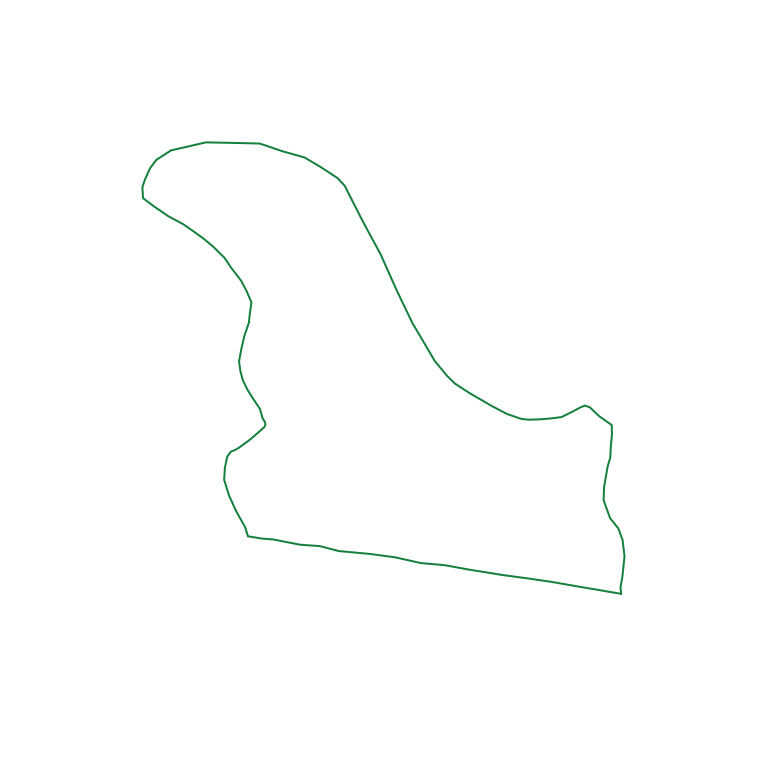 Al-Faw, Al-Basrah, Iraq, rotated 199°
{"feature_id": "34846034B64994125853328", "entity_name": "Al-Faw", "entity_type": "district", "adm_level": 2, "iso_a3": "IRQ", "parent_name": "Iraq", "parent_adm1": "Al-Basrah", "projection": "albers", "projection_center": [48.282, 30.044], "detail": "fine", "context": "isolated", "style": "outline", "palette": "green", "viewbox_px": 768, "rotation_deg": 199, "n_neighbors": 0, "source": "geoboundaries", "source_scale": "gbopen_adm2", "svg_char_len": 1446}
<svg xmlns="http://www.w3.org/2000/svg" viewBox="0 0 768 768"><g transform="rotate(199 384 384)"><path d="M91.4,262.8L94.2,268.7L95.8,279.1L100.5,299.4L107.7,314.3L115.4,323.7L126.5,330.7L138.5,345.6L142.3,358.0L145.7,378.8L146.1,388.2L149.0,398.1L152.0,410.5L155.3,419.3L170.0,423.6L181.9,429.0L187.0,429.0L190.7,425.8L197.6,418.4L205.4,410.5L214.1,406.2L224.7,401.5L235.7,397.3L242.6,395.7L258.2,395.7L275.6,398.4L299.9,403.2L316.9,407.4L327.0,412.2L343.5,422.3L357.4,434.2L377.0,450.9L402.7,476.9L429.4,505.5L456.5,530.4L476.8,550.0L485.5,558.5L494.8,563.5L514.4,568.5L532.9,572.3L555.8,571.0L579.8,570.9L603.7,563.3L631.0,554.5L661.4,535.6L672.3,521.7L675.5,511.6L676.6,499.1L676.5,491.5L672.4,481.3L671.0,480.8L659.5,477.1L642.5,472.4L626.4,469.8L618.6,467.7L602.5,462.9L590.1,458.2L575.8,451.3L566.7,444.4L552.4,434.9L546.0,428.8L544.1,427.0L535.9,418.0L534.0,407.9L531.7,397.9L531.7,384.1L530.3,370.8L528.4,358.1L523.8,349.1L518.8,341.7L511.4,334.3L503.6,327.9L493.1,320.0L487.6,312.0L484.3,309.4L483.0,307.3L483.0,304.6L487.1,297.2L491.7,289.2L498.5,279.2L500.8,276.0L503.1,273.3L506.8,270.1L508.6,264.3L507.2,253.2L504.0,241.5L494.4,228.3L482.4,215.6L468.7,203.4L463.6,196.5L463.1,195.7L458.0,196.6L449.1,198.1L437.7,201.0L411.1,204.7L392.1,209.8L372.4,211.3L342.6,218.6L317.3,223.7L291.3,226.6L267.8,232.4L243.7,236.1L210.1,241.9L184.7,247.0L161.9,251.3L135.2,255.6L91.4,262.8Z" fill="none" stroke="#15803d" stroke-width="2"/></g></svg>